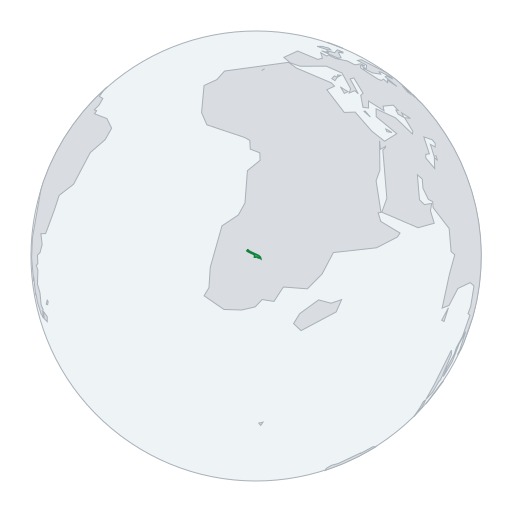 the Earth from above Caprivi, rotated 37°
{"feature_id": "NAM-3356", "entity_name": "Caprivi", "entity_type": "Region", "adm_level": 1, "iso_a3": "NAM", "parent_name": "Namibia", "parent_adm1": "", "projection": "orthographic", "projection_center": [23.77, -17.975], "detail": "fine", "context": "on_globe", "style": "filled", "palette": "green", "viewbox_px": 512, "rotation_deg": 37, "n_neighbors": 0, "source": "natural_earth", "source_scale": "10m", "svg_char_len": 6036}
<svg xmlns="http://www.w3.org/2000/svg" viewBox="0 0 512 512"><g transform="rotate(37 256 256)"><circle cx="256" cy="256" r="225" fill="#eef3f6" stroke="#a8b0b8"/><path d="M35.1,212.0L35.3,211.0L34.6,214.4L34.8,222.8L38.9,222.4L39.8,230.1L38.9,236.6L41.3,235.8L41.4,239.6L54.2,236.0L63.8,240.8L65.5,254.0L61.4,273.1L67.1,308.5L62.3,326.1L67.3,340.6L74.5,364.7L70.8,367.7L78.3,375.5L81.5,383.4L80.9,386.7L86.4,393.5L86.2,395.7L90.3,398.5L98.3,409.9L105.6,415.4L113.6,424.1L118.5,427.1L118.4,427.9L120.5,430.3L123.5,432.4L119.7,431.9L109.2,424.4L103.6,419.1L103.4,419.6L90.7,406.2L93.5,409.9L77.9,392.5L66.6,376.2L44.5,332.9L41.9,326.0L41.7,325.6L37.2,309.8L33.9,293.7L31.7,277.4L30.8,261.0L31.0,244.6L32.4,228.2L35.1,212.0ZM128.8,434.1L121.4,432.9L124.3,433.0L119.4,428.1L125.8,430.1L128.8,434.1ZM117.4,420.7L115.8,416.9L117.4,417.4L118.9,420.3L117.4,420.7ZM465.5,173.2L466.0,174.6L474.4,200.8L474.5,201.1L475.9,207.2L476.2,213.7L475.4,208.7L468.9,190.3L471.2,204.4L476.3,222.4L478.1,239.6L475.8,230.8L473.5,215.5L471.2,208.6L469.3,195.9L462.5,174.6L460.0,174.4L457.8,167.0L448.1,148.7L443.1,148.3L436.8,160.4L439.9,179.3L436.0,185.6L421.3,153.8L414.0,135.4L409.2,135.1L393.7,117.8L368.4,110.8L364.4,106.2L359.7,107.1L348.7,101.5L342.5,94.5L336.0,94.0L352.7,112.7L359.5,113.6L364.7,108.3L368.1,114.9L378.6,122.6L368.4,135.9L330.1,145.3L325.8,131.2L293.5,95.0L294.1,91.5L293.9,91.1L293.5,90.4L291.2,95.9L285.4,89.7L303.3,112.9L306.6,123.6L329.6,146.0L327.6,148.0L334.8,153.3L357.2,151.0L357.5,155.7L347.3,176.9L315.7,206.7L319.6,230.6L316.8,251.3L296.5,264.3L297.7,281.4L287.1,287.1L286.0,297.1L277.1,307.7L262.6,318.0L238.5,319.0L237.5,309.6L226.2,292.4L210.7,252.4L217.2,233.8L215.3,220.3L197.8,193.0L201.7,177.1L196.9,171.3L187.1,174.1L181.5,167.4L175.5,168.2L137.8,180.8L126.2,174.2L111.9,151.1L118.6,138.7L119.6,127.2L165.4,81.8L175.4,81.5L211.9,72.4L216.5,73.1L212.5,80.6L240.1,88.2L248.6,81.4L273.3,86.6L289.6,87.0L294.8,73.6L268.2,72.4L263.3,66.2L284.3,61.7L307.5,64.4L306.3,62.1L291.4,56.1L296.5,53.1L286.2,54.0L290.6,56.3L284.3,57.2L279.9,55.3L281.9,54.1L274.8,52.9L267.3,59.9L270.9,63.0L252.6,64.5L256.8,70.1L252.0,72.9L242.9,64.6L243.6,61.6L227.0,54.9L224.6,57.9L240.1,64.9L235.4,64.5L232.3,69.8L230.9,65.5L214.6,58.1L197.9,62.1L177.0,77.9L167.2,81.1L158.7,80.6L165.9,67.2L187.1,61.8L190.0,58.0L185.3,54.7L192.2,53.7L192.9,51.9L200.9,50.3L211.8,45.2L219.9,43.9L223.9,39.6L228.6,38.7L224.8,41.2L226.6,42.8L246.6,41.4L250.4,40.4L251.4,38.0L256.8,38.4L255.1,36.4L266.5,35.8L251.3,35.1L252.0,33.4L258.7,32.4L256.2,32.0L245.4,33.8L243.5,34.8L246.2,35.7L238.8,39.7L231.9,40.9L229.5,37.1L219.5,38.7L221.9,35.9L249.8,31.0L261.6,30.8L281.7,32.6L279.1,32.9L270.6,32.1L278.7,33.8L278.0,33.1L282.4,33.8L284.3,33.2L287.5,33.7L283.7,32.6L287.9,33.2L290.3,33.8L296.6,34.4L303.4,35.8L318.7,39.6L333.7,44.6L348.4,50.5L362.6,57.5L376.2,65.5L389.3,74.4L401.7,84.2L413.4,94.8L424.3,106.2L434.4,118.4L443.6,131.3L451.9,144.7L459.2,158.7L465.5,173.2ZM150.1,101.2L149.0,104.5L150.1,101.2ZM332.7,75.6L346.1,78.6L339.0,69.9L343.5,70.5L339.4,67.6L338.4,69.3L328.1,61.9L333.5,61.1L331.3,58.2L326.7,57.1L318.4,59.9L333.0,70.1L330.4,72.6L332.7,75.6ZM35.4,210.6L35.2,212.1L34.8,213.3L35.4,210.6ZM189.0,46.2L191.8,46.3L188.9,48.3L178.6,51.8L182.8,48.7L189.0,46.2ZM196.5,46.2L196.8,42.4L203.2,40.7L199.5,42.2L203.7,41.4L199.0,43.7L204.7,46.5L202.5,48.6L184.8,52.7L191.8,49.9L188.7,49.7L196.5,46.2ZM194.1,39.4L200.3,37.8L198.5,38.4L188.2,41.3L184.2,42.5L186.5,41.7L194.1,39.4ZM221.6,70.1L225.1,70.0L230.6,69.3L228.7,73.0L221.6,70.1ZM210.2,65.0L213.4,64.2L213.5,68.4L209.8,68.7L210.2,65.0ZM215.1,60.6L213.6,63.9L212.2,62.3L215.1,60.6ZM227.8,40.7L231.2,40.1L231.5,40.6L229.7,41.7L227.8,40.7ZM290.3,75.6L285.7,77.9L283.2,76.5L285.3,76.0L290.3,75.6ZM255.8,74.5L263.7,76.2L255.2,75.5L255.8,74.5ZM361.6,384.4L361.7,388.5L358.8,387.8L361.6,384.4ZM353.7,252.4L336.9,288.5L326.7,287.4L325.6,275.7L332.4,253.4L344.4,248.5L350.6,239.3L353.7,252.4ZM478.8,289.5L478.2,278.4L477.3,271.5L478.1,268.7L479.5,276.5L478.8,289.5ZM478.0,268.3L475.8,251.6L468.7,213.6L471.3,217.0L477.9,243.6L477.6,246.2L479.0,258.2L478.0,268.3ZM480.7,272.0L480.8,266.9L480.6,262.7L480.5,248.6L480.6,243.5L480.9,245.9L480.9,242.8L480.7,272.0ZM440.8,181.5L445.6,195.1L443.0,195.6L440.8,181.5ZM440.4,385.5L439.9,383.3L442.3,377.7L446.5,372.3L458.3,349.9L458.0,351.4L464.2,337.9L466.5,336.4L459.1,353.4L450.4,369.8L440.4,385.5Z" fill="#d9dde1" stroke="#a8b0b8" stroke-width="1"/><path d="M247.1,256.2L247.4,256.1L248.4,255.9L249.3,255.8L250.2,255.6L251.2,255.4L251.9,255.2L252.7,255.1L253.5,254.9L254.2,254.8L254.5,254.7L254.8,254.6L255.0,254.6L255.3,254.5L255.5,254.5L255.8,254.4L256.0,254.4L256.3,254.3L256.5,254.3L256.8,254.2L257.1,254.2L257.3,254.1L257.6,254.1L257.8,254.0L258.0,254.1L258.3,254.0L258.5,254.1L258.8,254.2L259.0,254.3L259.1,254.2L259.3,254.1L259.8,254.2L260.0,254.2L260.2,254.3L260.3,254.3L260.5,254.4L260.6,254.5L260.8,254.5L260.7,254.5L260.8,254.6L261.0,254.8L261.2,255.0L261.3,255.1L261.5,255.2L261.6,255.3L261.3,255.3L261.2,255.3L260.9,255.4L260.7,255.4L260.4,255.3L260.5,255.3L260.4,255.3L260.1,255.5L259.9,255.5L259.7,255.6L259.5,255.8L259.3,255.9L259.3,256.0L259.1,256.2L259.0,256.3L258.8,256.3L258.6,256.2L258.4,255.9L258.2,255.9L258.1,256.0L257.9,256.2L257.7,256.2L257.4,256.4L257.2,256.5L256.9,256.7L256.8,256.8L256.7,256.8L256.5,257.0L256.4,257.2L256.3,257.3L256.2,257.3L255.8,257.7L255.7,257.8L255.4,258.0L255.3,257.9L255.2,257.6L255.2,257.4L255.1,257.2L254.9,257.0L254.8,256.9L254.7,256.8L254.6,256.7L254.4,256.5L254.4,256.4L254.3,256.2L254.2,256.1L253.8,256.1L253.5,256.1L253.1,256.2L252.7,256.2L252.4,256.3L252.1,256.4L251.8,256.4L251.5,256.5L251.2,256.6L250.8,256.6L250.5,256.7L250.2,256.8L249.9,256.8L249.6,256.9L249.3,257.0L248.9,257.0L248.6,257.1L248.3,257.1L248.0,257.2L247.7,257.3L247.4,257.3L247.1,257.3L246.9,257.4L246.6,257.4L246.4,257.4L246.2,257.4L245.8,257.4L245.6,257.4L245.6,256.0L246.0,255.9L246.1,256.0L246.1,255.9L246.3,255.9L246.5,255.9L246.7,256.0L246.9,256.1L247.0,256.1L247.1,256.2Z" fill="#22c55e" stroke="#15803d" stroke-width="1.5"/></g></svg>